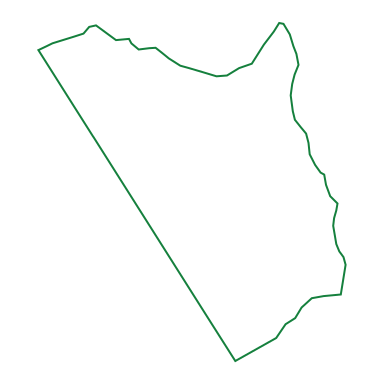 Dédé-Mokouba, Mambéré-Kadéï, Central African Republic
{"feature_id": "33826404B19731387545693", "entity_name": "Dédé-Mokouba", "entity_type": "district", "adm_level": 2, "iso_a3": "CAF", "parent_name": "Central African Republic", "parent_adm1": "Mambéré-Kadéï", "projection": "equal_earth", "projection_center": [15.345, 3.879], "detail": "fine", "context": "isolated", "style": "outline", "palette": "green", "viewbox_px": 384, "rotation_deg": 0, "n_neighbors": 0, "source": "geoboundaries", "source_scale": "gbopen_adm2", "svg_char_len": 864}
<svg xmlns="http://www.w3.org/2000/svg" viewBox="0 0 384 384"><path d="M340.8,294.5L345.6,264.8L343.5,257.1L339.3,251.4L336.3,244.1L333.2,225.8L334.1,218.1L336.3,210.4L337.5,203.5L330.2,196.2L326.0,184.8L324.2,174.6L320.6,172.6L315.1,164.9L309.7,154.3L308.5,142.9L306.1,133.6L300.7,127.1L294.9,119.8L292.8,111.2L290.7,95.4L292.2,84.0L294.6,74.6L298.5,64.9L296.4,53.9L293.4,46.2L289.8,34.4L283.5,23.9L279.2,23.0L273.8,31.6L263.9,44.6L251.8,63.7L239.1,68.1L227.0,75.5L216.5,76.3L202.9,72.2L189.0,68.1L180.3,65.7L168.8,58.4L162.8,53.5L155.6,47.8L149.2,48.2L138.7,49.5L131.4,43.4L129.0,38.9L116.0,40.1L96.0,25.4L89.2,26.9L83.5,33.6L73.5,36.8L52.5,43.3L46.6,46.2L38.4,50.1L74.5,107.2L93.2,136.7L93.4,136.9L208.0,318.0L235.3,361.0L276.2,338.0L285.6,324.2L295.2,318.1L301.6,307.5L311.8,298.2L323.6,296.1L340.8,294.5Z" fill="none" stroke="#15803d" stroke-width="2"/></svg>